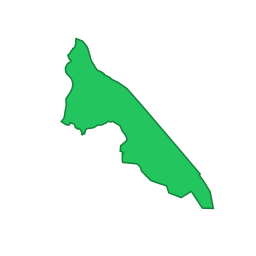 Asa, Kwara, Nigeria, rotated 165°
{"feature_id": "59680162B59525703418999", "entity_name": "Asa", "entity_type": "district", "adm_level": 2, "iso_a3": "NGA", "parent_name": "Nigeria", "parent_adm1": "Kwara", "projection": "albers", "projection_center": [4.518, 8.446], "detail": "fine", "context": "isolated", "style": "filled", "palette": "green", "viewbox_px": 256, "rotation_deg": 165, "n_neighbors": 0, "source": "geoboundaries", "source_scale": "gbopen_adm2", "svg_char_len": 2612}
<svg xmlns="http://www.w3.org/2000/svg" viewBox="0 0 256 256"><g transform="rotate(165 128 128)"><path d="M184.5,160.2L185.5,157.6L187.2,154.3L187.8,153.6L190.8,151.5L187.5,147.7L186.0,146.7L184.2,146.1L183.9,146.6L183.7,146.8L183.4,147.0L182.7,147.4L182.1,148.1L181.8,147.8L180.5,146.7L179.6,146.0L179.1,145.5L178.9,145.3L178.7,144.8L178.8,143.3L178.8,142.6L178.3,141.7L177.4,140.6L176.8,140.6L177.0,140.3L176.7,140.2L176.2,140.0L175.3,139.5L175.1,139.4L174.5,138.8L174.3,138.2L174.2,137.9L174.0,136.8L173.8,135.0L173.9,134.6L174.1,134.3L174.5,134.0L174.3,133.7L174.1,133.6L173.8,133.3L173.7,133.4L173.5,133.6L173.1,133.8L172.6,134.0L172.5,133.9L172.2,133.8L172.1,133.7L171.8,133.6L171.6,133.6L171.7,134.3L171.6,134.5L171.3,134.4L171.1,134.4L171.0,134.6L170.5,135.1L170.2,135.7L170.1,136.2L169.9,136.6L169.6,136.8L169.2,137.0L168.8,137.3L168.4,137.5L168.1,137.8L167.6,138.2L165.8,137.7L161.6,137.2L160.5,137.4L159.3,137.7L158.0,138.2L155.9,138.7L154.5,138.1L152.9,137.8L151.2,137.9L150.2,138.3L148.3,138.4L145.5,139.6L143.6,138.4L140.9,138.2L135.2,132.3L134.2,126.0L132.4,122.0L131.7,118.3L132.6,116.2L137.1,114.0L139.7,112.8L140.6,110.2L140.9,109.2L141.4,108.0L141.6,107.6L139.9,106.5L139.5,106.0L139.1,105.6L139.2,105.2L139.4,104.9L139.5,104.7L139.9,104.6L140.3,104.3L140.5,104.3L140.4,103.8L140.0,103.8L140.0,103.6L140.3,102.9L140.9,102.2L141.3,100.1L141.7,98.7L142.1,97.0L142.0,96.1L141.3,95.8L140.4,95.5L128.5,91.0L126.2,87.1L126.1,83.0L122.8,77.0L119.6,71.4L112.7,66.6L105.7,62.2L105.3,54.8L94.7,47.0L83.2,50.4L77.0,31.4L66.4,28.2L65.4,41.9L65.2,45.2L68.0,54.7L69.3,58.6L70.5,61.8L71.3,64.3L70.2,64.8L76.2,77.5L83.6,93.3L86.1,98.5L91.1,109.0L97.2,121.8L107.2,142.8L108.7,145.9L110.2,149.0L117.6,163.9L118.8,166.3L121.6,169.7L125.8,174.6L131.8,179.8L131.8,180.7L132.7,181.7L135.0,183.7L136.2,184.9L136.9,185.3L137.2,186.4L137.4,187.0L140.2,190.0L142.5,191.5L143.4,193.6L145.0,199.1L146.1,203.3L146.1,207.9L146.1,208.6L146.1,212.3L146.3,215.2L146.4,216.7L148.8,222.6L149.2,223.5L155.0,227.8L155.3,227.2L155.6,226.8L156.1,224.6L156.5,223.1L157.0,222.3L157.4,221.9L157.8,221.0L158.2,220.2L158.7,219.7L159.5,219.3L160.8,219.0L161.0,218.2L163.0,217.2L163.9,216.4L164.0,215.7L165.2,215.0L165.9,214.4L167.1,214.2L167.3,212.9L166.9,211.5L167.0,210.8L167.0,210.2L166.1,208.5L165.6,208.0L165.9,207.2L168.6,206.2L170.2,205.4L172.1,203.3L172.9,202.2L173.7,198.1L172.8,195.6L172.4,194.8L171.3,193.1L170.3,190.9L169.8,189.0L169.8,186.4L169.8,184.9L170.3,183.5L171.9,180.5L174.6,177.3L179.1,173.4L180.2,172.4L180.8,170.5L181.7,166.5L182.1,165.0L184.5,160.2Z" fill="#22c55e" stroke="#15803d" stroke-width="1.5"/></g></svg>